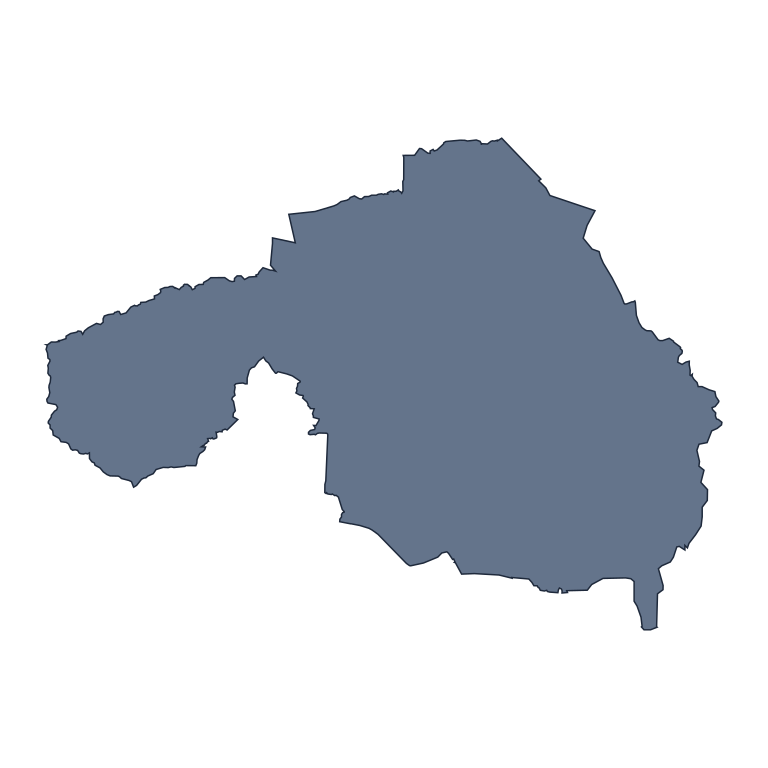 Musi Rawas, Sumatera Selatan, Indonesia (Mercator projection)
{"feature_id": "22746128B56500782521831", "entity_name": "Musi Rawas", "entity_type": "district", "adm_level": 2, "iso_a3": "IDN", "parent_name": "Indonesia", "parent_adm1": "Sumatera Selatan", "projection": "mercator", "projection_center": [103.025, -3.175], "detail": "fine", "context": "isolated", "style": "filled", "palette": "slate", "viewbox_px": 768, "rotation_deg": 0, "n_neighbors": 0, "source": "geoboundaries", "source_scale": "gbopen_adm2", "svg_char_len": 6065}
<svg xmlns="http://www.w3.org/2000/svg" viewBox="0 0 768 768"><path d="M455.4,562.7L461.6,574.1L474.3,573.6L499.0,575.0L512.0,578.2L511.8,577.5L528.8,579.0L531.9,582.4L533.9,585.7L537.2,585.8L538.1,587.4L539.2,588.0L540.3,590.3L544.4,591.0L546.7,590.3L547.4,591.5L549.8,592.1L557.9,592.7L558.4,589.9L559.4,588.0L561.4,589.0L562.1,590.8L562.0,593.0L567.5,592.5L566.7,590.7L587.3,590.2L591.7,584.5L603.0,578.4L625.6,577.9L630.8,578.7L634.1,581.5L634.1,601.2L637.1,606.1L641.0,617.2L642.1,626.2L641.4,626.9L644.0,629.8L650.5,629.8L657.1,627.2L656.6,626.8L657.5,593.8L663.0,589.7L663.1,585.5L658.4,568.7L661.7,565.8L670.3,562.0L673.4,557.2L676.8,546.9L679.3,546.4L684.9,550.0L684.9,545.4L687.4,547.9L689.0,543.3L695.6,534.7L701.1,526.1L702.2,516.8L702.2,507.2L707.3,500.5L707.5,489.6L700.9,482.4L704.0,470.2L698.9,466.1L699.5,461.5L696.9,450.3L699.0,444.2L707.1,442.6L711.7,430.9L717.2,428.4L721.5,424.9L721.9,422.3L718.4,419.5L716.5,418.9L715.4,415.9L715.7,412.9L712.5,409.5L712.1,407.6L715.1,406.5L718.5,402.3L718.9,401.1L715.9,396.6L714.9,391.6L709.1,389.8L702.0,386.6L698.2,386.6L697.1,382.6L694.0,379.4L692.1,376.3L692.3,374.3L690.8,375.6L690.0,375.1L690.2,370.5L689.2,364.8L689.3,361.2L685.9,362.1L682.1,364.4L677.7,362.2L678.4,357.2L679.4,355.5L681.9,353.4L682.3,351.5L682.1,350.3L680.3,348.7L680.6,347.6L680.0,346.8L673.7,342.1L673.5,341.2L669.2,338.3L662.7,340.6L659.9,340.6L658.1,339.8L652.3,331.9L651.0,330.9L646.9,330.7L645.4,330.1L641.9,327.5L639.0,322.7L636.4,315.4L635.3,302.2L634.9,301.2L634.8,300.9L633.3,301.8L631.8,301.9L626.7,303.9L624.8,304.0L624.1,303.4L621.0,295.3L612.1,277.9L603.3,263.2L600.8,257.5L599.1,251.6L592.1,249.1L583.2,238.2L587.1,225.4L595.0,210.7L549.9,195.5L545.8,187.8L538.7,180.8L540.9,179.1L501.7,138.2L497.4,140.9L497.3,140.2L494.2,141.1L492.5,140.8L490.8,141.4L487.5,144.0L481.5,143.7L481.4,144.9L481.3,143.5L480.0,141.3L476.3,140.0L467.5,141.0L464.8,140.3L460.0,140.2L445.8,141.5L443.8,142.8L443.5,144.0L437.0,150.0L434.2,151.0L433.1,149.4L430.1,151.0L430.2,154.1L430.1,153.2L427.9,153.2L421.6,148.7L419.5,148.5L414.6,155.3L403.2,155.4L403.8,157.4L403.7,179.7L402.8,181.4L403.0,190.8L401.7,193.3L400.8,192.0L398.9,191.0L398.3,189.9L396.2,191.3L393.7,191.3L393.5,191.9L390.8,191.0L387.5,192.8L387.8,194.1L384.4,193.9L383.8,194.5L381.5,193.8L378.2,194.3L376.4,195.2L371.6,195.2L368.8,196.5L364.5,196.6L361.7,199.0L359.3,198.7L354.4,195.9L350.2,197.5L349.3,198.9L347.0,200.2L341.0,201.6L337.1,204.5L333.9,205.9L315.1,211.5L288.8,214.3L295.3,242.8L272.5,237.9L272.5,243.4L270.5,265.2L275.5,271.1L272.5,270.2L270.3,270.2L263.0,267.7L259.2,271.9L258.1,274.2L255.9,275.1L256.5,276.5L249.1,277.0L244.6,279.5L241.1,275.9L237.1,275.9L234.5,278.4L234.4,281.2L232.1,281.6L229.3,280.8L224.7,277.6L210.8,277.7L208.0,280.0L203.7,282.4L203.2,284.4L198.9,284.5L195.1,286.7L195.0,288.4L192.3,289.7L190.7,286.8L189.4,286.0L189.9,285.4L189.2,285.9L187.6,284.4L184.5,284.3L183.4,285.3L183.4,286.2L181.3,287.3L179.3,289.6L174.9,287.6L174.8,288.0L172.7,286.4L170.0,286.5L168.0,287.4L164.8,287.5L160.2,289.4L160.8,291.1L160.5,292.6L157.9,294.6L154.3,296.0L154.5,298.9L149.0,300.5L145.7,302.1L140.8,302.4L140.3,304.2L138.5,304.9L137.4,305.9L135.2,305.8L134.6,305.3L130.8,307.1L126.1,312.9L120.7,314.5L119.1,311.5L117.3,311.4L116.3,312.2L114.9,312.3L113.6,313.9L108.3,314.6L104.3,316.0L103.1,318.8L103.2,322.2L100.5,324.5L96.5,323.4L88.3,327.8L84.6,330.8L82.7,334.3L81.0,331.4L78.0,331.0L76.7,332.2L70.6,333.5L66.1,336.2L66.0,338.6L60.8,340.4L58.6,340.6L59.1,341.5L55.3,342.1L51.3,342.0L47.5,344.8L46.4,344.8L47.3,345.3L46.1,349.4L47.5,353.0L48.0,358.2L49.8,359.5L50.0,361.1L47.8,365.4L48.3,368.2L47.9,373.2L49.2,375.3L50.3,376.0L50.7,377.5L50.2,382.2L49.1,385.3L48.9,387.5L49.8,392.7L48.7,396.6L46.8,399.2L47.0,401.3L47.9,403.0L55.9,404.6L57.6,407.2L56.7,409.8L54.5,411.2L51.4,415.1L51.2,417.2L48.4,421.3L48.2,423.0L50.1,425.0L50.1,428.1L52.7,430.6L53.2,435.0L59.2,438.4L61.0,441.7L66.2,442.4L68.6,443.9L70.8,448.9L72.6,450.2L75.3,449.8L77.6,450.4L79.3,453.1L80.8,453.7L83.5,454.0L85.7,453.4L87.5,453.9L89.4,452.9L89.5,458.6L92.0,461.9L94.3,462.9L95.0,465.2L100.0,467.9L103.3,471.9L107.0,474.6L110.1,475.9L118.1,476.1L119.5,476.7L121.4,478.5L129.1,480.5L131.5,481.7L133.6,487.2L136.6,485.4L141.5,479.3L144.0,478.0L145.9,477.8L147.9,476.0L153.2,473.7L156.1,469.5L163.2,467.4L168.3,467.6L171.1,466.9L173.9,467.5L184.9,466.4L185.8,465.6L195.8,465.7L196.8,463.2L197.0,459.7L198.6,455.6L199.8,453.5L202.9,451.5L204.7,449.7L205.6,447.0L201.3,446.8L203.3,445.4L204.3,445.2L205.4,443.5L206.6,443.2L207.5,441.8L208.6,441.3L207.6,438.6L210.1,438.4L210.7,438.8L212.3,437.8L213.0,438.9L213.8,439.0L216.0,438.2L216.7,437.7L216.8,436.4L216.1,432.2L217.3,432.4L219.3,431.5L222.1,431.8L222.3,430.3L225.1,429.1L227.1,430.0L237.8,419.5L233.0,416.8L233.4,413.2L235.3,410.8L233.5,401.4L231.8,399.2L232.5,397.4L235.0,395.3L234.3,392.0L235.1,387.2L234.5,385.2L235.9,383.8L239.0,383.3L243.0,383.0L245.3,383.9L247.1,383.8L247.2,378.0L249.4,370.1L251.5,367.8L254.5,366.8L258.7,361.0L263.5,357.2L265.8,360.9L268.6,363.0L272.2,369.0L275.5,373.2L276.4,373.2L278.0,371.7L286.7,373.9L292.4,375.9L300.1,381.1L300.4,380.7L300.0,382.2L297.7,383.5L297.5,386.3L296.5,388.4L296.9,390.9L295.9,392.9L299.6,395.0L303.1,395.5L303.3,396.3L302.6,398.0L307.0,402.0L308.1,404.4L308.0,405.6L310.1,407.7L310.3,408.6L314.2,408.8L312.5,413.8L313.3,415.7L313.4,417.4L319.1,419.0L319.0,420.4L316.0,425.5L313.6,425.4L315.2,427.8L314.6,429.5L310.4,430.4L308.5,432.3L308.5,434.0L310.0,434.7L314.2,434.3L315.5,434.8L317.3,433.4L319.2,433.0L326.7,433.2L327.4,433.7L327.8,434.8L325.8,480.8L324.9,484.4L324.8,492.6L326.1,493.5L326.6,492.7L327.8,494.0L331.4,494.5L332.3,494.0L334.8,495.6L336.1,495.3L338.4,497.1L342.3,509.6L344.2,511.6L344.2,512.1L342.6,512.7L341.5,514.5L341.5,517.0L339.9,519.1L339.7,521.7L350.5,523.8L350.9,523.3L350.7,523.7L359.9,525.5L369.0,528.3L372.2,530.1L378.0,534.3L406.4,563.4L409.5,565.6L410.7,565.8L423.5,563.0L437.8,557.1L441.8,553.0L446.8,551.8L448.5,553.3L452.6,559.4L453.7,559.0L455.0,561.9L454.4,562.4L455.4,562.7Z" fill="#64748b" stroke="#1e293b" stroke-width="1.5"/></svg>